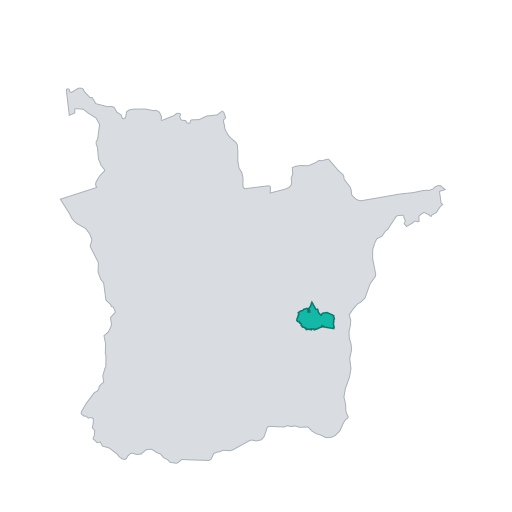 Ingende, Équateur, Democratic Republic of the Congo (highlighted), rotated 171°
{"feature_id": "63176286B3271137171664", "entity_name": "Ingende", "entity_type": "district", "adm_level": 2, "iso_a3": "COD", "parent_name": "Democratic Republic of the Congo", "parent_adm1": "Équateur", "projection": "orthographic", "projection_center": [19.593, -0.719], "detail": "fine", "context": "in_parent", "style": "filled", "palette": "teal", "viewbox_px": 512, "rotation_deg": 171, "n_neighbors": 0, "source": "geoboundaries", "source_scale": "gbopen_adm2", "svg_char_len": 8085}
<svg xmlns="http://www.w3.org/2000/svg" viewBox="0 0 512 512"><g transform="rotate(171 256 256)"><path d="M440.4,342.7L402.6,348.6L403.3,350.8L402.9,353.1L401.9,354.8L397.9,359.5L392.1,363.9L392.1,364.9L394.8,369.7L396.4,376.4L395.6,388.0L396.3,391.2L396.1,393.6L394.1,396.3L389.9,410.3L392.2,417.0L399.4,423.4L403.6,428.0L410.8,429.7L412.0,429.5L412.6,425.6L418.4,424.1L417.4,448.9L417.0,450.3L415.9,450.6L414.5,449.8L414.2,447.4L412.7,446.4L405.5,449.4L403.7,449.4L401.8,448.8L400.4,447.6L400.1,445.7L395.3,438.5L392.9,438.0L390.4,431.5L379.3,426.7L375.0,426.3L372.8,424.8L370.8,419.7L367.1,416.4L366.4,412.7L365.6,412.2L363.3,413.0L361.2,418.8L358.6,420.1L354.0,420.2L342.5,418.5L334.3,415.5L332.1,415.7L328.9,413.1L327.6,408.6L328.4,405.1L327.8,404.6L315.1,407.5L312.0,409.3L309.2,408.8L308.3,407.9L309.6,405.5L309.0,402.9L308.1,401.7L304.4,400.8L303.2,398.0L301.0,397.6L300.2,398.0L299.6,399.9L298.2,400.5L290.7,399.6L282.7,402.0L272.2,401.4L267.1,404.3L266.4,404.2L265.3,402.7L264.4,398.0L264.9,396.7L266.5,395.8L267.1,393.9L266.6,389.0L267.0,387.8L266.5,385.0L264.9,380.5L262.7,376.8L258.0,371.3L257.1,368.7L257.5,362.5L259.1,352.7L259.0,345.4L257.0,340.7L256.6,335.6L258.0,326.4L256.7,324.2L232.5,323.4L231.4,322.7L231.0,321.5L232.1,316.0L217.3,317.4L212.9,318.4L210.1,320.7L209.2,323.5L209.1,327.4L206.9,331.2L206.3,337.7L202.2,338.4L198.1,338.4L190.2,337.0L182.5,338.9L178.7,340.6L176.8,339.8L169.9,340.4L169.0,340.0L161.1,327.2L157.5,323.0L156.8,320.9L157.1,319.0L156.1,316.3L152.4,309.8L151.7,306.7L151.9,301.9L151.4,300.3L148.1,296.2L145.9,294.9L143.5,294.1L103.8,294.7L90.7,294.0L81.2,294.5L76.4,294.2L75.0,293.6L70.7,294.5L68.4,296.2L65.0,297.1L62.9,296.7L58.7,292.0L64.3,291.2L64.7,290.7L64.9,279.3L63.5,277.7L66.4,275.8L71.2,270.7L75.9,269.0L76.5,267.9L77.5,268.0L79.2,270.1L83.3,272.8L88.3,270.4L88.9,269.7L89.5,264.8L90.7,264.4L92.9,265.5L94.1,265.5L96.3,264.1L102.7,261.6L104.6,264.7L102.9,267.6L103.7,269.6L103.9,272.7L105.0,273.4L110.1,273.7L111.5,273.0L121.6,261.8L124.2,260.4L128.4,256.0L134.1,254.0L136.5,250.5L139.7,244.2L141.2,235.1L140.6,219.5L141.1,217.4L147.9,210.3L154.9,197.5L159.6,194.1L163.2,192.8L168.7,188.1L173.1,183.4L172.5,177.7L173.5,173.0L175.9,167.0L176.7,160.7L175.9,154.0L176.2,148.6L179.5,139.9L179.8,129.9L182.7,121.6L188.5,111.0L191.2,103.1L190.7,95.3L191.5,89.5L191.2,86.2L190.1,83.2L190.7,81.4L192.9,80.6L195.6,77.7L200.6,70.1L205.9,66.3L209.5,65.2L213.4,65.3L215.9,66.0L220.0,69.0L224.6,71.3L228.1,74.3L231.5,79.0L239.8,80.0L243.3,81.7L245.5,82.3L246.3,81.9L248.0,82.1L251.9,83.5L255.0,82.7L270.3,85.8L272.0,84.3L276.3,76.3L279.4,73.6L284.7,73.3L288.7,74.8L290.9,74.8L309.6,68.0L312.0,67.7L318.8,69.3L323.2,68.2L325.0,68.5L328.8,67.4L331.9,62.6L334.5,61.4L361.3,66.6L365.3,64.1L367.3,63.8L373.2,65.7L375.1,68.6L378.7,71.2L381.3,75.3L385.3,77.7L387.3,79.9L389.6,81.5L394.5,82.0L400.6,78.3L405.0,78.7L409.3,80.7L410.8,80.6L414.1,78.4L415.8,76.1L417.5,75.6L420.1,76.6L422.2,78.8L424.1,82.0L430.8,89.2L437.3,92.3L438.9,96.7L441.2,96.3L442.4,96.7L444.1,99.5L445.3,100.0L445.5,101.2L443.9,103.8L442.5,108.8L444.5,111.9L442.9,116.4L442.1,121.0L444.2,122.2L446.9,122.1L449.3,124.5L451.3,124.9L453.3,127.5L452.8,129.6L446.6,137.1L437.1,146.3L433.9,147.4L432.2,149.2L431.1,151.9L428.3,154.1L426.2,155.1L426.0,161.7L422.8,168.7L421.6,170.1L419.8,181.3L420.1,183.3L418.3,192.5L418.6,201.1L414.0,203.8L410.8,208.0L409.4,210.9L409.4,217.9L404.1,222.2L403.7,223.1L405.0,228.0L406.9,228.8L406.9,230.5L411.1,235.8L410.7,252.1L410.9,253.7L413.1,257.5L414.5,264.9L412.7,274.2L418.3,291.4L415.5,297.6L416.7,303.6L420.0,309.9L427.9,316.1L430.1,318.7L432.0,322.1L433.8,327.5L440.4,342.7Z" fill="#d9dde1" stroke="#a8b0b8" stroke-width="1"/><path d="M194.8,189.1L196.4,188.9L196.6,188.9L197.0,189.0L197.3,189.1L197.6,189.1L198.0,189.2L198.4,189.1L199.1,189.0L199.3,188.9L199.9,188.4L200.3,188.3L200.5,188.0L200.7,187.6L200.8,187.3L201.0,187.4L201.2,187.7L201.6,188.1L202.0,188.5L202.3,189.1L202.6,189.7L202.9,190.1L203.1,190.5L203.2,191.0L203.2,191.3L203.2,191.6L203.3,192.1L203.3,192.6L203.4,193.2L203.4,193.6L203.5,193.8L204.1,193.8L204.8,193.9L205.0,193.9L205.1,194.0L205.4,194.4L205.4,194.6L205.6,194.9L205.8,195.5L205.9,196.1L206.1,196.6L206.4,197.2L206.6,197.8L207.0,198.8L207.1,199.1L207.3,199.9L207.8,201.0L208.0,201.6L208.2,201.3L208.3,201.2L208.5,201.0L208.6,200.7L208.8,200.3L208.9,200.2L208.9,199.9L209.1,199.7L209.3,199.2L209.5,198.9L209.6,198.7L209.7,198.4L209.8,198.3L209.8,198.1L210.0,197.9L210.2,197.7L210.3,197.5L210.5,197.5L210.7,197.1L211.4,196.6L211.6,196.5L211.7,196.4L211.8,196.3L211.9,196.1L211.8,195.6L211.9,195.0L211.8,194.7L211.9,193.7L211.7,193.6L211.8,193.5L211.8,193.1L211.6,192.3L211.8,192.3L212.1,192.3L212.3,192.3L212.5,192.3L212.9,192.3L213.0,192.4L213.2,192.5L213.3,192.5L213.5,192.6L213.4,192.9L213.1,193.5L213.1,193.8L213.1,194.0L213.2,194.6L213.4,194.9L213.4,195.0L213.3,195.4L213.3,195.5L213.4,195.8L213.3,196.0L213.6,196.1L213.8,196.2L213.9,196.3L214.2,196.3L214.4,196.3L214.6,196.2L215.0,196.1L215.4,196.0L215.7,196.0L216.0,196.0L216.8,196.1L217.1,195.7L217.5,195.5L217.9,195.1L218.1,195.0L218.5,195.0L218.6,194.9L218.9,194.8L219.1,194.8L219.4,194.8L219.6,194.7L219.9,194.8L220.1,194.8L220.2,194.7L221.0,194.5L221.1,194.4L221.4,194.3L221.6,194.2L221.9,194.1L222.0,194.0L222.3,193.8L222.4,193.7L222.8,193.6L223.1,193.4L223.3,193.2L223.0,192.7L222.8,192.5L222.8,192.3L222.8,192.2L222.8,191.7L223.2,191.3L223.3,191.2L223.4,190.9L223.4,190.7L223.9,190.3L224.0,190.1L223.9,189.8L224.0,189.6L224.0,189.4L224.1,189.1L224.5,188.8L224.6,188.7L224.6,188.4L225.0,188.0L225.3,187.7L225.5,186.9L225.5,186.6L225.6,186.4L225.6,186.2L225.7,185.9L225.8,185.8L225.8,185.7L225.6,185.5L225.4,185.5L225.3,185.4L225.2,185.2L225.1,184.9L224.8,184.7L224.7,184.5L224.2,184.4L223.9,184.3L223.7,184.4L223.6,184.1L223.6,183.9L223.2,183.6L223.3,183.5L223.4,183.4L223.2,183.2L223.2,182.9L222.9,182.8L222.7,182.7L222.5,182.4L222.4,182.2L222.5,182.2L222.3,182.0L222.2,181.9L222.1,182.0L222.0,181.9L221.9,181.8L221.9,181.6L222.0,181.5L221.9,181.2L222.0,181.1L222.2,180.6L222.3,180.4L222.2,180.1L221.8,179.7L221.4,179.5L221.4,179.2L221.3,178.9L221.1,178.7L221.1,178.4L220.9,178.4L220.7,178.4L220.3,178.4L220.2,178.4L219.9,178.2L219.7,178.0L219.6,177.9L219.5,177.7L219.4,177.7L219.3,177.8L219.2,177.8L219.1,177.7L218.8,177.6L218.7,177.4L218.4,177.3L218.4,177.2L218.4,176.8L218.5,176.7L218.3,176.5L218.3,176.4L218.2,176.2L218.1,175.9L217.9,176.1L217.7,176.2L217.6,175.8L217.3,176.1L217.1,176.1L217.0,175.8L217.0,175.7L216.9,175.6L216.7,175.6L216.4,175.4L216.2,175.4L215.6,175.4L215.3,175.5L214.9,175.5L214.6,175.4L214.4,175.2L214.3,174.9L214.2,174.9L213.6,175.0L213.4,174.9L213.4,174.7L213.2,174.6L213.3,175.0L213.1,175.5L212.9,175.5L212.8,175.4L212.7,175.3L212.5,175.1L212.3,175.1L212.2,175.0L211.9,175.0L211.6,175.1L211.3,175.2L211.2,175.2L210.9,175.1L210.8,174.9L210.5,174.8L210.4,174.7L210.1,174.3L210.0,173.9L209.9,173.9L209.7,173.9L209.6,174.0L209.3,174.2L209.2,174.3L209.0,174.6L208.9,174.6L208.7,174.4L208.4,174.1L208.2,174.2L207.9,174.2L207.5,174.3L207.1,174.7L206.5,174.7L206.3,174.7L206.2,174.6L205.7,174.8L205.3,175.1L205.1,175.1L204.7,175.1L204.4,175.3L204.1,175.3L203.9,175.4L203.7,175.4L203.3,175.5L203.2,175.5L202.9,175.5L202.4,175.5L201.9,175.6L201.7,175.8L201.7,176.1L201.7,176.3L201.8,176.4L202.0,176.4L202.0,176.6L202.0,176.8L201.8,176.9L201.6,176.9L201.2,176.7L200.9,176.4L200.7,176.4L200.5,176.2L200.6,175.5L200.4,175.4L200.2,175.3L199.9,175.2L199.6,175.2L199.3,175.1L199.1,175.0L198.3,174.8L198.1,174.7L197.9,174.5L197.6,174.5L197.5,174.4L196.8,174.2L194.7,173.5L190.6,172.2L190.6,172.3L190.5,172.6L190.2,172.8L190.0,173.0L189.9,173.2L189.9,173.4L190.1,173.5L190.1,174.7L190.0,175.3L190.1,175.5L190.1,176.1L190.1,176.4L190.2,176.9L190.1,177.3L190.0,177.5L189.9,177.9L189.9,178.1L189.8,178.3L189.7,178.4L189.4,178.7L189.3,179.4L189.4,179.7L189.4,180.1L189.3,180.4L189.2,180.7L188.9,181.0L188.8,181.3L188.5,181.6L188.4,182.0L188.5,182.2L188.6,182.3L188.6,182.6L188.6,183.1L188.9,183.5L189.0,183.7L189.0,184.1L188.5,184.7L189.8,185.9L191.8,187.1L193.2,188.1L194.8,189.1Z" fill="#14b8a6" stroke="#0f766e" stroke-width="1.5"/></g></svg>